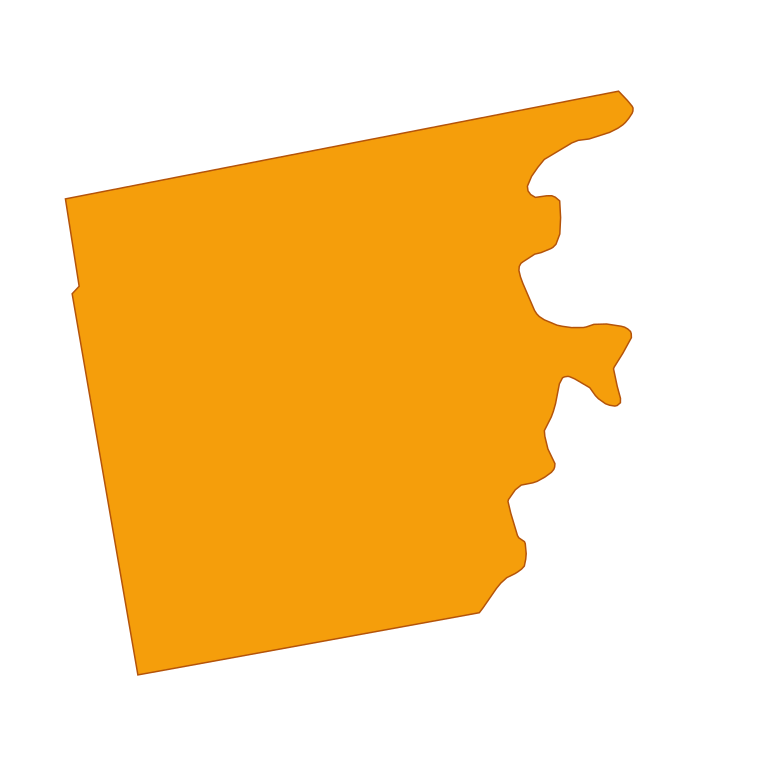 Grayson, Texas, United States of America (Natural Earth projection), rotated 79°
{"feature_id": "52423323B81583627867323", "entity_name": "Grayson", "entity_type": "district", "adm_level": 2, "iso_a3": "USA", "parent_name": "United States of America", "parent_adm1": "Texas", "projection": "natural_earth1", "projection_center": [-96.674, 33.679], "detail": "fine", "context": "isolated", "style": "filled", "palette": "amber", "viewbox_px": 768, "rotation_deg": 79, "n_neighbors": 0, "source": "geoboundaries", "source_scale": "gbopen_adm2", "svg_char_len": 1529}
<svg xmlns="http://www.w3.org/2000/svg" viewBox="0 0 768 768"><g transform="rotate(79 384 384)"><path d="M235.9,672.9L622.6,681.1L626.7,334.1L622.7,329.6L606.0,312.5L601.7,307.3L597.5,300.4L595.1,291.5L593.9,288.4L591.9,284.2L589.5,281.0L583.0,278.3L577.7,276.8L567.7,275.8L565.6,276.2L560.7,281.0L558.2,281.9L535.1,284.2L522.9,284.7L521.1,283.8L512.9,275.3L509.4,268.6L509.4,256.8L508.8,252.3L506.0,243.7L502.6,236.5L500.2,233.6L498.0,232.3L494.8,231.4L479.1,235.5L466.1,236.1L460.4,235.5L448.3,226.1L443.2,223.0L436.1,219.4L417.3,211.8L412.0,207.6L411.4,205.4L411.6,201.9L412.3,200.3L415.3,195.9L426.9,182.7L435.7,178.7L439.4,176.3L445.6,170.4L447.9,166.6L449.7,161.6L449.6,159.2L447.5,155.5L447.0,155.4L443.2,154.6L430.7,155.5L412.9,155.8L411.3,154.8L399.3,143.6L385.7,132.3L381.8,131.7L379.5,132.0L376.5,134.2L374.1,137.0L372.5,140.3L367.6,154.0L365.5,166.6L366.6,174.6L366.6,177.6L364.4,189.2L361.4,197.9L359.3,202.9L351.6,214.4L347.4,218.7L344.3,220.7L340.6,222.2L311.7,228.5L304.9,229.6L298.4,229.9L294.4,228.8L291.7,226.6L290.6,224.4L285.3,211.3L285.0,204.8L282.9,194.4L282.1,192.1L279.6,188.5L270.3,182.8L254.4,178.9L237.8,176.6L233.3,180.2L231.2,183.4L230.3,188.4L229.7,199.8L226.0,203.9L221.9,205.8L217.2,205.5L208.3,199.5L200.7,191.7L194.1,183.8L183.2,153.7L181.9,146.8L182.6,135.9L180.0,114.3L177.5,105.5L175.1,100.0L173.2,97.0L169.8,92.9L165.6,88.8L163.6,87.6L160.6,86.9L158.7,87.4L151.9,91.1L149.7,92.5L141.3,97.9L141.5,661.4L229.9,664.6L235.9,672.9Z" fill="#f59e0b" stroke="#b45309" stroke-width="1.5"/></g></svg>